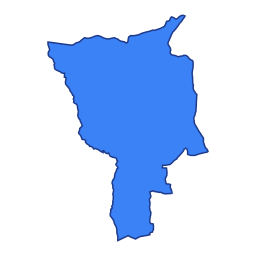 the district of Baringo Central, Rift Valley, Kenya
{"feature_id": "3690345B17833085529385", "entity_name": "Baringo Central", "entity_type": "district", "adm_level": 2, "iso_a3": "KEN", "parent_name": "Kenya", "parent_adm1": "Rift Valley", "projection": "albers", "projection_center": [35.755, 0.409], "detail": "fine", "context": "isolated", "style": "filled", "palette": "blue", "viewbox_px": 256, "rotation_deg": 0, "n_neighbors": 0, "source": "geoboundaries", "source_scale": "gbopen_adm2", "svg_char_len": 5076}
<svg xmlns="http://www.w3.org/2000/svg" viewBox="0 0 256 256"><path d="M150.9,212.3L150.0,210.7L149.8,208.8L149.5,206.9L149.9,205.0L150.0,202.3L149.5,200.7L149.3,199.3L150.3,197.9L150.9,196.3L150.4,194.6L149.8,191.9L152.0,191.2L152.7,191.0L153.3,190.8L154.1,191.4L154.8,191.6L156.0,191.8L157.1,191.9L158.5,192.2L159.1,192.3L161.3,192.4L162.7,193.3L163.4,193.5L165.7,193.8L168.5,193.6L170.5,193.6L172.1,193.1L171.8,191.5L171.3,189.8L170.2,187.3L170.5,184.6L169.0,184.0L167.5,184.0L166.3,183.8L165.7,182.1L165.5,180.8L165.2,179.2L165.5,178.0L166.1,176.9L166.8,175.5L167.0,172.6L166.5,168.0L164.3,168.0L162.3,167.8L162.4,166.6L162.6,165.9L162.8,165.2L165.0,165.3L166.9,165.0L168.3,164.8L170.1,164.4L172.1,162.7L173.3,161.4L174.6,160.2L176.9,158.8L177.5,157.4L178.9,156.1L180.4,154.5L181.4,153.4L182.3,152.3L183.5,150.8L184.2,149.1L185.6,148.2L187.1,149.3L187.5,150.9L187.6,152.3L187.7,154.4L190.9,155.4L194.7,155.4L196.0,155.0L197.5,154.5L199.5,153.8L202.2,153.2L204.8,152.5L206.9,152.2L208.0,151.5L207.6,150.3L207.4,149.7L206.8,149.1L206.1,148.3L205.5,147.6L204.7,146.2L204.3,144.5L203.5,142.6L203.4,140.4L203.5,138.4L202.8,137.0L201.7,135.6L200.8,134.0L199.6,132.3L198.6,130.7L197.7,129.2L196.6,127.2L195.4,125.2L194.4,123.2L194.2,121.6L194.1,120.5L194.0,120.1L193.8,119.2L193.8,118.7L193.9,117.3L194.8,115.6L195.1,113.8L195.3,113.2L195.5,112.5L196.0,111.0L196.0,110.5L196.0,109.1L196.0,108.3L196.2,106.9L196.3,105.0L196.3,104.3L196.3,103.5L196.4,101.7L196.5,99.7L196.6,97.7L196.8,95.6L196.8,94.4L195.4,93.0L194.5,91.3L193.5,89.9L193.1,87.4L193.4,85.0L192.8,83.8L192.7,81.9L192.6,79.7L192.6,78.0L192.4,75.7L192.1,73.6L192.3,71.6L192.6,69.8L193.0,67.4L193.1,65.5L193.1,63.2L193.0,61.7L192.5,60.5L191.1,60.0L190.1,59.3L189.1,58.5L188.1,57.0L186.4,55.6L184.5,55.3L183.9,55.3L183.1,55.6L182.2,56.1L180.2,56.2L178.2,56.8L175.7,55.7L173.2,55.2L171.2,54.6L170.0,52.6L170.5,51.0L170.7,50.4L170.7,49.6L170.3,48.0L169.4,46.5L168.6,45.2L167.9,43.8L168.3,41.9L169.3,39.8L170.0,38.1L170.7,36.5L171.7,34.1L172.8,32.0L174.0,30.9L175.6,29.0L177.3,26.8L178.7,24.8L179.7,23.2L181.0,22.0L182.1,20.4L183.3,18.7L183.7,18.2L184.3,17.3L185.0,16.0L184.2,15.7L183.6,15.4L181.7,15.4L180.8,15.9L180.2,16.1L178.8,17.1L177.8,18.2L176.7,19.0L175.4,18.9L173.8,17.7L172.5,17.2L171.6,16.9L170.7,17.6L170.0,19.3L169.5,20.6L166.6,21.4L165.6,23.9L164.5,26.3L162.5,27.4L160.6,28.3L156.9,29.6L154.4,30.3L152.7,30.1L150.3,31.0L148.6,31.5L147.1,31.8L144.9,32.4L143.8,32.7L142.5,33.1L141.4,33.5L140.7,33.8L139.0,34.6L137.6,35.0L137.1,35.1L136.0,35.3L135.0,35.5L133.5,35.7L130.7,35.6L128.8,36.9L128.2,38.9L128.2,40.1L127.9,41.2L127.8,41.7L127.6,42.3L126.0,43.0L124.6,41.9L122.8,41.5L120.9,41.2L119.2,40.3L117.8,39.1L115.8,38.4L114.4,37.7L113.2,38.0L111.1,38.4L109.2,38.8L107.5,39.0L105.5,38.5L103.7,38.0L101.4,36.8L99.6,36.0L97.6,35.6L95.4,36.0L94.1,36.5L91.7,37.5L90.1,37.9L89.4,38.1L88.6,38.3L87.8,38.3L86.6,38.2L84.6,37.7L82.8,39.0L81.2,40.3L80.1,41.4L78.4,42.3L76.1,42.9L74.7,43.8L73.6,44.8L70.8,45.1L48.0,42.0L48.0,44.1L48.4,45.9L49.2,48.0L49.7,49.8L49.0,50.9L48.2,52.7L48.3,55.1L49.3,56.7L51.1,57.7L52.5,58.7L53.3,60.0L53.8,61.8L54.7,63.5L54.0,64.8L54.5,66.6L54.5,68.0L55.2,69.3L56.7,70.2L58.4,71.0L59.9,71.5L61.4,72.7L63.1,73.3L64.5,73.2L64.5,75.2L64.4,77.2L65.8,77.5L65.9,78.6L65.9,80.0L65.4,81.7L65.6,84.0L66.9,85.7L68.0,87.1L69.3,88.6L70.3,91.2L71.9,93.2L72.6,95.1L73.7,96.0L74.0,97.4L73.3,99.1L74.0,100.6L73.9,101.0L73.6,102.2L74.6,103.2L75.1,103.5L76.6,104.2L77.4,105.8L77.5,106.3L77.5,107.3L77.7,108.8L77.9,109.4L78.4,111.4L78.0,113.7L77.8,115.2L78.1,116.7L78.7,118.3L80.0,119.8L80.3,121.3L81.2,122.9L81.9,125.0L82.2,126.3L80.8,127.3L79.7,128.5L79.8,129.3L79.4,130.6L79.2,131.0L78.9,131.7L78.6,133.1L79.9,134.7L80.3,135.1L80.9,136.0L81.2,136.8L81.4,137.4L81.9,138.7L82.1,139.4L82.9,139.5L84.0,139.6L85.5,140.3L85.5,142.2L86.8,143.8L88.8,144.9L89.7,146.4L90.4,146.2L92.7,147.3L93.7,149.0L95.3,148.5L96.9,149.1L97.6,149.3L98.1,149.5L99.4,150.5L101.1,151.6L103.1,152.5L102.9,150.8L103.7,150.6L104.7,152.2L105.9,153.1L107.3,153.7L107.9,153.4L108.6,153.0L109.4,154.6L110.3,156.3L112.6,157.2L114.9,157.7L115.6,157.9L116.5,158.3L116.7,160.0L117.6,161.4L116.6,162.9L115.9,164.4L116.2,165.1L116.6,165.7L117.6,166.9L118.0,168.0L116.7,169.1L116.2,171.3L115.1,173.2L114.8,174.9L114.5,176.5L114.4,178.1L113.1,179.7L112.2,181.8L112.1,183.6L112.8,184.9L112.8,186.1L112.9,188.1L113.7,190.0L113.3,192.0L112.8,194.3L113.3,195.7L113.3,197.8L113.2,199.6L112.8,201.5L112.8,203.2L112.8,204.4L111.7,206.5L112.3,208.0L110.8,209.3L110.7,211.7L110.2,214.2L110.3,215.9L110.7,216.2L111.1,216.9L111.9,218.0L112.8,219.1L113.4,220.3L114.0,221.5L114.2,223.0L115.0,224.7L115.9,226.2L116.6,228.2L116.8,229.8L116.9,231.4L116.9,233.1L117.5,235.1L117.9,237.0L117.8,238.5L117.8,240.6L128.3,235.6L129.7,236.6L135.6,239.0L136.0,238.7L137.6,237.8L140.3,236.5L142.4,236.2L145.5,235.6L147.4,235.3L149.9,234.7L149.6,233.4L150.5,232.5L152.4,232.1L152.7,230.9L153.5,229.4L153.4,227.6L153.5,226.0L153.1,223.9L151.1,223.7L149.8,222.5L149.8,219.8L150.1,217.5L150.6,215.3L150.8,213.4L150.9,212.3Z" fill="#3b82f6" stroke="#1e3a8a" stroke-width="1.5"/></svg>